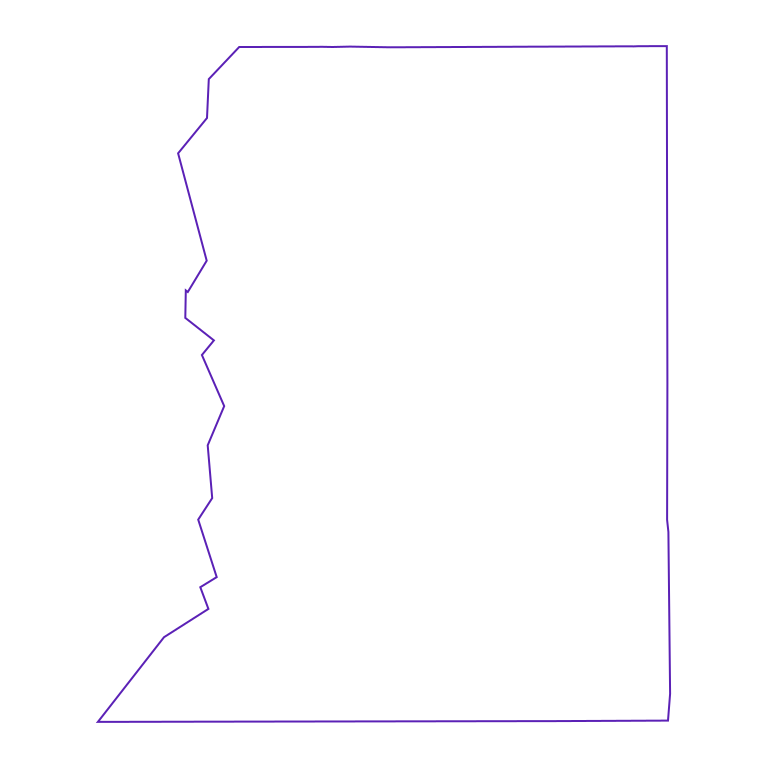 the district of St. Helena, Louisiana, United States of America
{"feature_id": "52423323B72303975114408", "entity_name": "St. Helena", "entity_type": "district", "adm_level": 2, "iso_a3": "USA", "parent_name": "United States of America", "parent_adm1": "Louisiana", "projection": "orthographic", "projection_center": [-90.753, 30.825], "detail": "fine", "context": "isolated", "style": "outline", "palette": "violet", "viewbox_px": 768, "rotation_deg": 0, "n_neighbors": 0, "source": "geoboundaries", "source_scale": "gbopen_adm2", "svg_char_len": 591}
<svg xmlns="http://www.w3.org/2000/svg" viewBox="0 0 768 768"><path d="M200.3,587.2L208.4,608.9L164.0,637.2L97.9,721.9L194.2,721.7L556.1,721.1L668.0,720.6L670.1,693.8L668.4,532.0L667.1,519.8L667.4,383.5L666.8,46.1L639.8,46.2L638.3,46.2L633.4,46.4L631.3,46.3L532.0,46.7L527.9,46.7L390.2,47.3L350.0,46.6L332.6,47.0L321.6,46.8L315.2,46.9L308.8,46.9L239.2,47.0L208.8,79.1L207.0,118.0L178.1,153.3L206.7,260.7L187.8,292.0L185.8,290.4L185.3,317.9L213.9,340.4L201.9,355.0L224.2,406.1L207.7,445.3L212.2,498.1L198.2,519.6L216.7,577.1L200.3,587.2Z" fill="none" stroke="#5b21b6" stroke-width="2"/></svg>